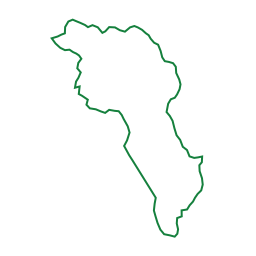 São Domingos, Sergipe, Brazil, rotated 178°
{"feature_id": "56859067B88491630275121", "entity_name": "São Domingos", "entity_type": "district", "adm_level": 2, "iso_a3": "BRA", "parent_name": "Brazil", "parent_adm1": "Sergipe", "projection": "equal_earth", "projection_center": [-37.572, -10.77], "detail": "fine", "context": "isolated", "style": "outline", "palette": "green", "viewbox_px": 256, "rotation_deg": 178, "n_neighbors": 0, "source": "geoboundaries", "source_scale": "gbopen_adm2", "svg_char_len": 1464}
<svg xmlns="http://www.w3.org/2000/svg" viewBox="0 0 256 256"><g transform="rotate(178 128 128)"><path d="M95.6,20.6L90.1,19.3L85.1,17.8L82.4,20.6L81.5,25.0L82.6,30.9L82.0,36.3L77.4,37.8L77.3,43.8L71.8,44.5L69.1,48.6L65.6,52.2L63.5,55.9L60.7,59.7L57.0,63.1L55.3,68.8L55.8,75.2L57.9,82.3L58.0,88.3L55.4,91.2L54.9,96.9L59.0,96.2L62.9,95.8L67.5,97.5L69.8,103.9L73.9,107.3L76.3,114.3L79.7,119.0L81.6,126.1L83.2,133.6L85.8,138.6L88.9,142.6L87.0,150.9L84.2,155.2L80.2,156.6L77.8,159.8L75.1,165.0L74.0,169.8L75.1,174.7L77.9,181.3L78.1,187.5L80.7,191.2L84.8,192.6L88.9,193.5L91.3,197.4L92.7,203.8L95.0,210.2L98.9,212.3L102.2,216.4L104.1,220.0L106.9,222.1L110.5,225.6L114.7,228.2L118.1,229.7L122.4,228.5L127.7,224.4L132.7,226.0L137.5,229.0L143.3,229.5L147.3,225.4L150.3,224.0L154.7,229.7L159.9,232.0L164.5,230.2L167.3,232.4L172.1,234.8L175.9,236.5L179.5,238.2L183.9,236.5L187.3,231.1L187.8,224.8L191.2,223.7L195.1,221.9L201.1,220.3L197.5,215.0L192.9,210.5L188.3,208.0L183.7,208.3L180.3,205.8L177.1,204.2L174.4,202.2L172.2,198.8L175.4,194.8L176.6,189.4L173.3,185.2L175.8,179.9L178.3,176.2L179.6,170.1L174.9,171.2L176.0,163.7L172.8,161.8L167.2,157.7L168.7,152.7L165.5,149.0L159.5,147.8L154.5,145.5L150.3,143.9L146.2,146.8L140.6,145.6L136.7,145.1L133.8,141.2L132.1,137.3L128.2,129.7L126.6,123.4L129.4,115.6L132.5,110.2L127.8,100.8L124.7,95.6L102.7,57.3L104.0,51.5L105.0,44.6L103.6,38.9L101.8,32.1L99.2,25.3L95.6,20.6Z" fill="none" stroke="#15803d" stroke-width="2"/></g></svg>